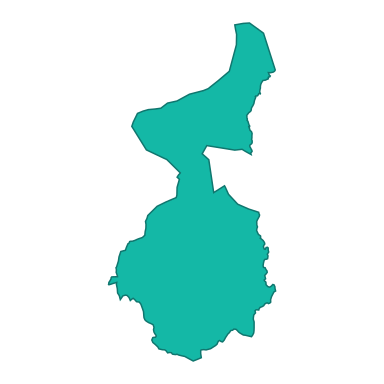 outline of Bayo, Borno, Nigeria
{"feature_id": "59680162B41297071563530", "entity_name": "Bayo", "entity_type": "district", "adm_level": 2, "iso_a3": "NGA", "parent_name": "Nigeria", "parent_adm1": "Borno", "projection": "robinson", "projection_center": [11.717, 10.466], "detail": "fine", "context": "isolated", "style": "filled", "palette": "teal", "viewbox_px": 384, "rotation_deg": 0, "n_neighbors": 0, "source": "geoboundaries", "source_scale": "gbopen_adm2", "svg_char_len": 4640}
<svg xmlns="http://www.w3.org/2000/svg" viewBox="0 0 384 384"><path d="M234.8,24.9L235.6,29.7L236.6,34.4L236.4,44.8L229.3,71.3L218.2,80.7L208.1,88.7L203.4,90.6L189.5,94.2L177.0,101.0L167.5,103.1L160.9,108.2L155.2,109.0L148.4,109.6L143.1,111.1L137.5,113.4L133.3,122.0L131.8,126.4L146.4,149.9L163.9,158.2L166.8,159.5L176.2,168.8L180.3,172.9L179.9,173.5L178.5,175.0L177.1,177.2L179.4,179.3L177.1,187.3L177.0,190.4L176.9,195.1L176.2,197.6L173.1,198.9L166.1,201.9L157.1,206.3L147.8,215.5L146.9,218.6L145.5,221.4L146.0,224.4L145.9,228.3L145.2,231.5L144.8,235.3L142.4,237.5L141.0,238.0L139.4,238.5L138.6,238.8L137.3,239.3L134.9,240.4L132.5,241.2L130.3,241.3L129.6,241.6L129.5,242.3L128.9,243.2L128.0,243.7L126.5,247.1L125.4,250.3L120.8,251.5L119.0,256.9L118.4,261.1L116.6,266.9L116.0,267.7L116.4,269.8L116.2,272.5L116.7,273.7L117.0,274.7L117.4,275.9L117.5,276.7L114.5,276.8L114.0,276.8L111.8,276.9L111.2,277.5L111.2,277.9L111.0,278.8L110.5,279.9L110.1,280.5L109.8,281.1L109.5,281.6L109.1,282.0L108.9,282.4L108.9,282.6L108.8,283.1L108.7,284.0L108.6,284.5L108.4,285.1L108.6,284.9L109.1,284.7L110.5,284.3L111.5,284.0L112.6,283.6L113.6,283.3L115.4,282.8L116.7,282.4L116.4,284.3L117.3,288.7L117.5,291.8L117.6,293.0L119.3,295.7L120.3,299.6L123.0,295.8L125.6,295.1L127.2,295.5L129.1,297.6L130.3,300.5L131.3,299.6L133.1,298.3L134.9,299.8L136.5,301.7L139.3,302.1L140.9,304.2L142.5,308.6L143.5,311.6L143.8,315.6L144.0,317.7L144.9,319.8L146.2,321.1L148.6,322.6L151.0,323.6L153.1,324.7L154.0,327.3L153.5,329.7L154.0,332.1L154.9,333.8L156.1,335.4L156.1,336.4L155.4,337.3L154.0,337.3L152.8,337.6L151.8,340.0L152.9,342.5L155.3,344.5L157.9,347.0L158.9,348.9L161.8,349.6L163.0,349.8L164.6,349.8L166.2,350.9L167.1,352.2L167.7,352.9L169.2,352.5L171.4,352.7L172.4,354.1L173.9,354.4L175.9,354.6L176.9,354.2L178.0,354.7L178.9,355.1L182.7,356.0L184.7,356.4L193.2,361.0L197.5,359.3L201.3,357.7L200.7,353.6L200.7,352.2L200.7,350.5L201.2,349.9L203.7,349.6L206.1,349.9L210.6,348.7L213.7,346.7L215.6,345.5L217.1,344.1L217.6,342.7L218.4,341.2L219.6,340.5L221.2,341.6L222.6,341.9L224.2,340.1L225.5,337.6L226.7,335.8L227.8,334.1L229.5,332.5L230.6,330.6L232.6,330.2L233.9,329.1L236.0,329.3L237.2,330.4L238.6,332.0L239.9,333.0L241.6,334.0L243.3,335.0L245.6,335.3L251.5,336.7L252.6,335.2L253.7,333.0L254.0,330.7L254.1,327.7L254.1,324.2L254.1,321.9L253.3,319.2L253.4,317.5L253.8,314.9L255.5,312.9L255.0,310.8L255.8,310.0L256.9,309.7L258.1,310.0L258.8,310.0L259.0,309.0L260.1,307.4L262.0,306.7L263.6,305.8L264.9,303.9L266.4,303.0L267.5,302.9L268.4,303.6L269.7,303.1L270.6,302.4L270.7,301.5L270.6,299.7L271.6,296.5L273.9,292.0L275.6,291.0L275.0,288.4L274.9,286.7L274.0,284.8L272.8,284.5L271.2,286.2L269.5,287.2L267.7,286.5L266.0,284.6L266.0,282.8L265.6,281.7L264.5,280.9L264.2,280.0L265.6,278.8L264.7,275.5L266.0,274.0L267.2,272.4L267.0,270.9L265.9,269.5L265.1,267.7L263.5,267.4L263.1,265.8L263.4,263.4L264.1,260.4L264.9,259.4L266.5,259.2L267.6,258.7L268.0,255.9L267.3,254.2L268.2,252.9L268.7,252.0L268.2,250.2L268.2,248.0L267.5,247.3L266.1,247.5L265.3,249.3L264.3,249.1L263.4,246.8L263.8,245.4L264.8,244.0L264.4,242.4L263.1,240.5L261.4,239.0L260.3,238.3L260.7,237.3L260.5,235.9L258.4,234.4L257.5,232.5L256.6,230.5L256.9,228.5L257.5,226.9L256.8,225.0L256.8,222.8L256.6,221.9L257.3,220.0L257.9,218.9L259.2,216.5L259.6,215.0L258.9,213.5L258.7,212.3L248.6,209.0L237.7,204.2L228.5,194.3L225.3,187.2L224.5,185.8L213.7,192.6L208.8,159.7L202.2,153.8L206.8,145.6L234.8,150.1L242.1,149.3L245.3,151.3L251.1,154.5L250.7,153.0L251.6,152.1L252.1,151.3L251.8,150.1L251.3,149.4L251.0,148.8L250.8,148.3L250.4,147.6L249.9,146.7L249.7,145.8L250.1,144.9L250.9,144.3L251.8,143.5L252.2,142.2L252.1,140.6L251.6,139.3L251.9,138.0L251.9,135.9L252.1,133.5L251.6,131.9L250.8,131.0L250.2,130.5L249.8,130.0L249.8,129.2L249.4,128.6L249.3,127.6L248.9,127.1L248.8,126.7L249.6,126.6L249.7,126.0L249.0,124.9L247.9,121.2L247.1,120.4L247.3,119.4L247.3,118.7L247.0,118.3L246.9,117.6L246.9,116.5L246.7,115.7L247.1,114.9L247.6,114.3L248.1,113.6L248.9,112.6L249.9,111.9L250.7,111.2L251.2,110.2L251.3,109.2L251.5,108.0L252.1,106.9L252.7,106.0L253.5,104.4L253.9,103.5L254.2,101.9L254.6,100.1L255.2,98.7L255.7,97.4L255.3,96.5L255.8,96.0L256.7,96.0L257.6,95.7L258.2,94.8L258.7,93.7L259.3,93.5L260.2,93.9L260.4,93.4L259.7,92.2L259.8,90.9L260.0,89.6L260.4,88.2L260.4,86.5L260.7,84.6L261.4,82.9L262.1,81.8L262.9,80.5L263.8,80.4L264.7,80.2L265.6,80.1L266.6,79.5L267.5,79.2L268.3,78.8L268.2,77.6L268.5,77.0L269.7,76.9L270.3,76.0L269.4,75.1L269.0,74.5L268.8,73.5L268.4,72.6L270.6,72.7L273.0,72.2L274.3,71.4L275.0,70.6L275.2,69.8L263.5,33.2L249.5,23.0L243.2,23.4L234.8,24.9Z" fill="#14b8a6" stroke="#0f766e" stroke-width="1.5"/></svg>